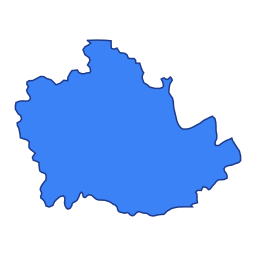 outline of Iwye, Grodno, Belarus
{"feature_id": "67162791B89656925241953", "entity_name": "Iwye", "entity_type": "district", "adm_level": 2, "iso_a3": "BLR", "parent_name": "Belarus", "parent_adm1": "Grodno", "projection": "orthographic", "projection_center": [25.918, 54.018], "detail": "fine", "context": "isolated", "style": "filled", "palette": "blue", "viewbox_px": 256, "rotation_deg": 0, "n_neighbors": 0, "source": "geoboundaries", "source_scale": "gbopen_adm2", "svg_char_len": 3450}
<svg xmlns="http://www.w3.org/2000/svg" viewBox="0 0 256 256"><path d="M86.8,40.4L87.8,40.8L90.7,43.2L88.6,44.9L85.1,46.7L83.0,49.6L84.9,54.6L89.2,57.7L90.0,60.6L87.5,65.1L90.0,67.6L90.6,71.5L89.4,72.9L86.7,72.9L84.4,73.7L81.5,73.7L78.6,72.3L77.4,70.0L72.0,70.6L70.4,72.7L67.9,77.4L67.7,80.7L63.8,80.3L60.2,83.2L56.1,84.8L53.0,81.7L51.0,79.8L46.4,78.4L43.9,76.7L41.1,76.5L40.5,76.5L32.7,80.6L29.1,80.7L27.0,82.0L26.9,84.6L28.5,86.6L27.8,87.9L26.6,90.2L27.7,93.3L29.5,95.6L30.4,97.9L29.8,99.8L27.9,101.0L25.4,101.1L22.5,100.9L19.1,101.3L16.0,102.6L15.4,105.7L15.4,109.1L17.1,112.0L18.4,114.0L20.7,115.7L21.6,119.0L20.1,121.3L17.2,122.8L17.4,125.5L18.9,128.4L20.0,134.0L20.4,137.8L23.4,138.8L26.7,139.8L29.2,141.7L29.0,145.2L29.0,147.5L30.5,149.4L33.2,151.4L35.3,153.3L33.7,155.2L32.4,157.3L33.3,160.2L35.8,161.0L39.1,162.6L39.0,165.3L39.3,167.3L39.5,169.5L40.0,171.1L41.9,172.4L44.2,173.1L45.6,174.0L46.1,175.7L46.2,177.8L45.8,180.1L44.3,181.9L42.4,184.4L41.0,186.8L40.2,189.2L40.8,191.1L41.6,192.7L41.6,194.2L40.6,196.5L41.0,198.2L42.6,199.2L44.3,201.2L45.2,203.2L45.7,204.6L46.1,206.0L49.2,207.0L52.9,205.4L53.9,202.8L55.4,200.6L57.6,198.6L60.0,196.6L63.4,195.8L64.9,197.8L64.8,200.3L64.5,202.8L65.1,205.7L66.5,208.2L68.0,209.1L70.2,208.2L71.9,205.5L71.9,204.3L72.9,202.8L74.5,202.0L76.7,200.6L77.8,199.0L78.9,196.6L80.0,193.5L81.5,192.2L82.6,193.5L83.2,196.5L84.0,197.4L85.4,197.4L87.3,195.6L88.8,194.7L92.0,195.4L93.7,197.1L96.1,199.1L98.3,199.9L101.7,200.1L104.5,200.2L107.8,201.1L110.3,202.1L112.3,203.5L113.7,204.5L115.2,204.9L117.1,207.1L117.6,209.2L118.3,211.1L120.2,212.2L121.4,212.4L124.0,213.1L125.5,213.1L127.1,212.5L128.5,213.1L130.1,214.8L132.4,215.8L133.9,215.3L135.6,213.7L136.7,212.5L138.8,211.6L142.3,212.7L144.2,213.2L146.3,213.2L148.0,214.0L149.9,215.3L152.5,215.9L154.3,215.8L156.0,215.4L157.8,214.9L162.0,214.4L163.7,214.4L165.0,213.3L166.1,212.1L167.5,210.8L169.5,209.8L171.0,208.8L174.0,207.8L176.6,207.3L179.0,206.9L181.6,206.9L184.5,206.8L187.6,206.8L192.4,206.8L191.2,205.2L192.9,203.9L197.5,202.7L197.0,199.8L197.0,196.4L196.8,193.7L195.6,192.3L197.4,190.4L199.7,190.4L201.4,190.4L201.8,189.1L203.1,186.8L206.5,187.5L208.5,189.7L210.1,189.1L212.8,185.5L214.4,184.0L215.9,182.0L217.6,180.3L219.4,179.8L222.2,179.7L224.2,179.5L227.1,178.1L227.1,177.9L227.0,175.6L226.4,173.8L224.5,171.1L223.9,168.9L225.1,167.0L228.0,165.7L231.7,165.1L234.4,164.0L238.8,162.5L240.6,160.7L240.6,155.9L239.3,150.9L237.2,147.8L234.7,143.9L232.6,140.6L231.8,138.1L228.9,139.6L226.6,140.4L223.9,141.9L221.0,143.8L219.0,145.5L217.1,145.5L215.4,145.3L215.0,142.8L215.6,140.9L216.7,138.8L216.8,134.9L216.0,130.6L216.0,126.0L215.7,122.1L214.9,118.6L212.4,116.3L210.3,117.1L207.0,118.8L203.9,120.3L199.8,123.4L194.8,126.1L191.1,128.0L187.6,129.0L182.8,129.1L180.8,127.8L178.7,125.1L177.0,121.6L176.0,117.3L175.1,113.4L173.9,108.6L173.4,104.1L173.4,101.8L172.4,97.9L170.5,95.4L168.9,92.7L168.9,90.4L169.3,86.9L169.9,84.0L172.3,80.1L171.3,78.0L170.3,77.0L168.0,79.3L165.9,79.3L164.1,77.9L162.6,78.3L161.2,79.1L162.8,82.2L163.5,85.5L162.7,87.4L159.8,88.4L154.8,88.4L149.6,87.0L147.2,84.7L143.9,82.8L142.4,78.7L142.2,76.2L143.4,73.1L143.7,72.8L142.5,71.1L141.1,67.5L140.3,65.2L139.8,63.2L137.9,63.2L135.8,63.1L135.6,60.2L134.0,58.5L131.7,58.6L128.3,58.3L127.1,55.0L125.2,53.5L123.1,53.1L119.9,52.7L118.3,50.4L117.0,48.1L113.8,49.2L111.4,48.3L111.1,45.3L111.1,40.8L105.0,40.3L96.9,40.1L86.8,40.4Z" fill="#3b82f6" stroke="#1e3a8a" stroke-width="1.5"/></svg>